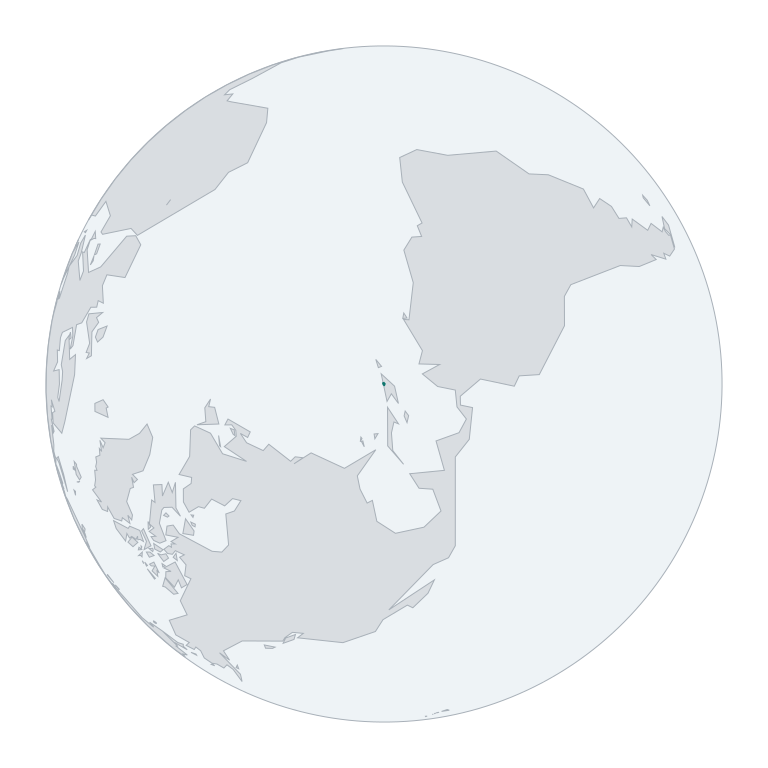 globe centered on Sánchez Ramírez, rotated 242°
{"feature_id": "DOM-1395", "entity_name": "Sánchez Ramírez", "entity_type": "Province", "adm_level": 1, "iso_a3": "DOM", "parent_name": "Dominican Republic", "parent_adm1": "", "projection": "orthographic", "projection_center": [-70.165, 19.005], "detail": "fine", "context": "on_globe", "style": "filled", "palette": "teal", "viewbox_px": 768, "rotation_deg": 242, "n_neighbors": 0, "source": "natural_earth", "source_scale": "10m", "svg_char_len": 9726}
<svg xmlns="http://www.w3.org/2000/svg" viewBox="0 0 768 768"><g transform="rotate(242 384 384)"><circle cx="384" cy="384" r="338" fill="#eef3f6" stroke="#a8b0b8"/><path d="M337.4,445.6L329.5,441.6L321.6,451.1L295.1,433.3L286.1,412.7L207.7,371.0L200.3,359.4L201.5,342.6L182.3,282.2L187.4,336.5L178.6,324.6L172.9,304.4L177.8,300.8L176.4,272.5L169.5,260.2L174.9,226.3L200.5,188.5L201.7,195.7L207.7,186.6L206.6,177.5L204.5,173.9L223.7,138.2L223.8,117.0L212.6,118.0L223.9,112.6L195.1,121.0L187.9,119.0L202.9,116.8L209.8,113.5L208.4,109.3L215.1,105.1L218.3,101.0L226.5,96.7L234.6,96.9L240.1,94.4L238.7,91.8L246.1,86.6L247.2,90.7L260.2,82.4L276.2,83.5L272.6,101.8L288.3,102.4L302.7,122.1L308.3,118.0L317.3,124.3L327.0,122.2L326.9,127.5L334.8,121.5L333.0,117.2L335.9,113.4L341.4,112.1L342.3,118.1L339.6,119.7L342.8,120.9L340.8,124.6L344.9,122.0L345.3,130.2L353.2,120.5L360.4,125.7L358.4,131.6L347.8,133.0L317.0,153.7L311.7,161.9L314.8,171.2L343.5,183.3L342.1,192.3L348.2,202.9L353.9,196.5L351.2,186.1L363.3,177.8L358.6,167.1L362.8,162.6L362.3,151.7L374.0,151.5L385.6,157.6L386.7,167.0L391.8,170.3L400.3,160.6L411.3,178.4L434.3,191.7L435.9,197.1L422.0,207.7L398.2,208.7L380.2,226.3L403.7,213.6L407.2,229.0L412.7,231.4L419.4,230.4L422.6,224.3L426.3,229.8L404.5,243.4L400.8,238.5L407.8,234.0L396.6,235.1L381.9,246.1L384.9,254.0L359.6,265.3L361.4,271.4L356.9,277.9L355.8,267.1L357.4,287.3L328.1,309.5L329.8,345.9L315.4,317.3L302.5,313.5L286.8,313.2L286.7,319.1L266.1,313.2L246.8,324.0L238.8,352.1L245.1,374.7L268.2,377.7L275.5,366.0L292.7,364.6L279.4,396.8L309.3,403.2L305.8,427.4L314.4,440.3L329.5,437.7L345.2,444.1L356.6,430.2L374.9,422.6L375.1,442.3L385.3,424.3L395.4,433.6L431.8,431.6L429.0,436.2L459.7,457.4L492.9,464.4L500.6,477.6L496.6,486.5L508.1,487.7L508.3,493.2L553.7,495.0L576.6,504.2L575.6,523.0L556.0,547.6L537.0,592.4L501.4,610.7L491.6,627.3L462.5,651.6L441.1,651.7L446.5,661.5L434.0,668.2L419.9,669.2L416.9,676.1L406.4,676.5L413.1,680.6L395.9,689.0L400.4,695.2L387.8,701.0L391.3,704.1L386.5,704.1L381.6,705.2L381.1,706.9L366.8,703.8L362.8,696.3L368.1,692.4L361.9,691.5L372.9,680.6L366.1,682.8L367.9,664.5L377.7,648.2L384.0,595.6L376.7,584.4L350.7,570.7L319.4,525.5L327.7,507.2L320.9,498.0L343.1,471.5L337.4,445.6ZM65.3,288.5L67.9,281.1L66.9,287.0L65.3,288.5ZM69.2,275.8L68.3,278.5L68.9,276.1L69.2,275.8ZM69.4,273.6L69.2,275.2L69.1,274.1L69.4,273.6ZM69.4,271.5L69.5,272.3L69.4,272.5L69.4,271.5ZM327.6,358.2L361.8,376.2L342.0,378.1L345.8,374.9L337.3,367.6L321.1,360.5L303.9,363.6L327.6,358.2ZM70.5,266.2L70.8,264.6L71.2,264.6L70.5,266.2ZM343.7,338.6L337.8,337.1L343.7,337.1L343.7,338.6ZM202.4,173.2L205.9,177.9L204.4,188.2L200.7,184.6L202.4,173.2ZM206.3,155.4L209.8,155.8L202.8,164.3L202.9,161.4L206.3,155.4ZM203.1,120.3L204.7,122.5L200.8,122.0L203.1,120.3ZM217.3,101.3L214.7,102.2L217.5,99.8L217.3,101.3ZM355.9,152.7L359.0,152.2L357.5,154.4L355.9,152.7ZM352.8,148.6L348.8,151.6L346.6,150.1L349.2,148.3L352.8,148.6ZM232.5,91.2L237.7,87.6L233.8,91.2L232.5,91.2ZM358.2,145.5L343.4,147.3L339.8,144.8L346.4,136.2L358.2,145.5ZM241.7,85.5L254.2,77.7L249.6,78.7L269.9,72.4L252.5,80.6L248.4,84.6L246.8,83.6L241.7,85.5ZM330.0,116.5L332.2,120.9L325.2,118.6L330.0,116.5ZM324.9,116.0L299.4,116.0L299.1,109.5L307.7,110.4L303.0,103.6L315.4,100.3L320.7,103.3L318.5,108.0L324.9,103.3L324.9,116.0ZM279.1,70.7L283.4,69.2L280.5,70.8L279.1,70.7ZM336.5,111.7L331.4,112.0L330.7,106.2L340.8,104.6L337.8,106.9L336.5,111.7ZM295.8,103.8L297.1,99.6L307.4,95.6L309.3,93.6L315.6,99.7L295.8,103.8ZM340.7,107.6L345.9,104.1L351.3,105.8L341.4,111.1L340.7,107.6ZM326.2,105.5L326.4,102.8L329.6,103.7L326.2,105.5ZM373.4,111.1L367.3,110.9L366.4,107.7L373.4,111.1ZM347.5,102.7L345.6,102.2L344.6,101.1L349.0,99.3L347.5,102.7ZM322.5,96.8L326.5,96.2L320.4,94.0L327.9,91.5L330.8,96.2L332.7,93.1L335.0,92.4L334.8,97.2L322.5,96.8ZM350.4,94.4L356.6,100.4L368.1,101.0L369.2,103.7L350.5,102.3L350.4,94.4ZM341.2,95.5L347.2,95.3L345.5,98.4L340.5,100.5L341.2,95.5ZM332.0,88.2L319.7,90.9L319.5,89.8L332.0,88.2ZM354.1,93.8L352.5,92.5L355.1,93.5L354.1,93.8ZM339.1,89.1L334.8,90.0L334.7,88.8L339.1,89.1ZM352.9,89.2L354.9,91.0L351.6,92.3L352.9,89.2ZM346.9,88.6L347.7,86.7L349.1,91.7L345.0,89.2L346.9,88.6ZM339.7,87.8L338.2,87.4L341.5,87.6L339.7,87.8ZM364.6,83.7L367.1,89.6L359.7,92.3L358.2,86.0L364.6,83.7ZM390.7,709.8L368.0,704.9L380.7,707.3L389.5,704.7L401.4,708.1L390.7,709.8ZM416.5,702.4L426.7,700.3L429.2,701.0L422.7,702.7L416.5,702.4ZM645.9,170.4L652.6,181.3L643.3,171.6L627.9,150.8L623.5,145.6L645.9,170.4ZM613.6,136.1L611.7,134.7L600.5,124.7L609.5,133.3L612.7,135.6L618.4,141.5L615.8,139.9L612.0,136.1L612.1,137.6L630.5,156.8L635.7,161.2L641.6,173.4L650.8,182.4L655.7,190.3L641.9,178.2L636.2,171.8L618.2,164.1L624.8,171.7L642.1,179.9L640.8,181.1L649.8,193.0L641.9,184.9L621.2,175.5L620.4,188.9L635.3,226.2L631.5,234.4L621.1,234.6L599.6,205.3L610.5,190.6L603.0,181.5L587.1,174.1L591.8,170.8L586.7,166.4L589.4,161.2L579.9,145.8L580.7,140.4L563.9,127.4L562.1,123.3L572.5,131.8L580.2,135.5L580.6,124.3L576.8,120.1L565.9,113.0L567.4,111.5L556.8,106.2L550.6,98.4L549.2,103.9L536.3,97.4L525.5,89.7L521.1,88.9L538.6,101.7L545.9,106.1L552.5,108.1L572.0,123.0L574.7,128.6L553.3,118.0L554.8,125.4L537.5,115.2L500.6,84.5L491.8,76.4L504.8,73.6L514.3,77.9L514.4,80.6L526.3,82.9L519.6,80.3L520.8,79.6L508.8,74.4L509.1,73.7L497.1,70.5L496.1,69.1L503.8,71.2L485.2,63.9L479.7,60.9L475.3,59.8L472.2,59.3L467.3,56.7L464.3,56.1L464.7,56.5L459.1,55.8L447.2,53.8L446.2,52.9L450.3,53.5L457.4,54.2L468.6,56.8L468.3,56.8L491.2,63.5L513.6,71.9L535.3,81.8L556.3,93.3L576.4,106.2L595.5,120.5L613.6,136.1ZM462.7,55.4L457.0,54.1L448.3,53.0L441.5,52.2L444.2,52.0L442.7,51.9L438.9,51.3L434.2,50.2L430.6,50.4L390.9,48.5L377.8,47.4L384.7,46.6L355.8,47.8L343.3,48.6L343.8,48.7L330.3,50.8L334.0,50.4L333.2,50.8L300.2,58.6L291.6,60.6L277.9,66.2L278.2,66.6L283.8,65.2L269.9,72.4L249.6,78.7L250.1,77.4L237.0,83.1L240.0,79.8L236.4,80.4L247.3,75.0L247.2,75.0L254.9,71.7L257.0,71.1L256.4,71.1L281.1,62.1L306.4,55.1L332.2,50.1L358.3,47.1L384.6,46.1L410.8,47.1L437.0,50.3L462.7,55.4ZM699.3,505.5L704.4,490.7L712.6,462.3L715.9,444.1L715.6,411.3L716.3,386.0L714.2,379.0L711.1,386.7L707.7,378.4L705.0,381.4L682.0,410.9L669.9,403.0L643.4,367.5L643.9,346.1L635.1,326.1L631.0,236.1L640.1,233.7L648.3,205.8L651.1,205.5L661.0,221.4L675.8,224.2L667.8,208.0L670.4,205.2L667.6,200.2L680.1,221.2L691.2,243.1L700.6,265.7L708.3,289.0L714.3,312.7L718.6,336.9L721.2,361.2L721.9,385.7L720.9,410.2L718.1,434.6L713.6,458.7L707.3,482.3L699.3,505.5ZM644.1,275.9L647.0,282.2L644.1,275.9ZM433.0,431.3L437.4,434.8L431.5,435.3L433.0,431.3ZM339.1,386.2L346.4,386.8L350.2,390.0L344.5,390.9L339.1,386.2ZM401.1,386.7L409.6,388.3L400.7,390.1L401.1,386.7ZM367.2,378.5L394.3,386.3L377.1,392.3L360.0,387.6L371.9,385.9L367.2,378.5ZM339.9,350.2L344.5,351.8L343.0,355.4L339.9,350.2ZM348.0,338.7L346.2,339.0L344.1,335.9L348.0,338.7ZM408.5,228.1L410.3,227.2L417.0,227.5L413.8,230.2L408.5,228.1ZM447.1,214.6L452.2,223.8L446.3,218.6L442.9,223.5L426.2,219.4L435.8,199.7L434.4,209.0L447.1,214.6ZM406.7,209.8L416.2,213.8L405.4,210.3L406.7,209.8ZM555.5,150.8L560.9,151.2L566.3,157.1L565.2,166.7L557.3,157.9L555.5,150.8ZM567.2,150.6L546.3,138.9L546.1,133.4L549.7,138.3L551.7,135.8L558.1,143.2L578.4,150.5L584.5,156.4L579.2,169.2L577.6,161.3L572.4,161.0L567.2,150.6ZM493.2,127.4L484.1,124.7L495.5,115.9L502.6,119.6L502.0,128.6L493.2,129.6L493.2,127.4ZM372.6,131.0L368.4,132.2L368.1,130.3L371.5,127.7L372.6,131.0ZM370.6,111.2L390.7,124.4L386.9,126.2L403.2,133.0L399.5,140.7L389.1,135.8L398.5,147.4L387.6,146.1L395.1,153.7L372.2,142.1L362.8,142.2L374.7,139.0L378.3,131.7L377.1,128.7L366.5,120.3L348.0,118.0L348.7,111.3L354.0,107.2L358.6,106.7L356.7,111.0L364.1,107.4L364.9,113.3L370.6,111.2ZM416.4,76.2L412.4,79.2L427.4,77.0L428.2,81.2L429.9,80.7L434.8,84.3L443.7,88.1L442.5,90.0L446.5,90.7L449.8,93.5L454.9,95.3L454.5,99.7L460.7,102.4L457.0,103.0L467.7,106.7L459.6,106.1L463.1,110.2L469.1,108.6L454.9,132.8L455.2,145.0L459.9,156.0L445.4,154.7L431.7,144.1L420.5,130.5L422.3,119.5L415.4,121.5L414.2,117.0L420.2,117.4L410.3,114.3L410.9,110.9L401.0,101.6L386.4,100.4L382.4,97.4L388.4,96.2L380.2,94.2L388.8,90.2L386.2,88.1L392.0,82.6L405.2,82.3L401.2,80.1L405.5,76.4L416.4,76.2ZM366.6,82.1L382.1,79.7L390.3,81.1L376.6,90.3L377.9,92.7L369.4,99.6L357.8,97.7L361.3,95.7L362.0,93.5L365.4,95.0L363.2,92.2L367.9,89.7L367.5,87.0L372.7,86.8L366.6,82.1ZM647.7,197.7L648.7,196.3L648.7,192.8L654.3,200.7L647.7,197.7ZM633.9,191.4L633.9,188.8L641.8,197.2L640.8,199.1L633.9,191.4ZM627.0,180.6L633.2,188.0L629.3,185.1L627.0,180.6ZM571.7,129.4L570.8,126.7L573.4,128.1L577.0,131.5L571.7,129.4ZM461.0,74.1L457.4,74.8L455.5,73.9L443.9,72.9L442.3,70.2L448.7,69.8L461.0,74.1ZM651.8,177.9L655.0,182.1L654.0,180.9L652.3,178.6L650.3,176.0L651.8,177.9ZM657.8,191.5L659.1,190.8L659.3,193.7L657.8,191.5ZM457.4,71.0L452.8,70.8L454.8,69.7L457.4,71.0ZM440.6,68.3L441.8,66.8L440.8,69.8L440.6,68.3ZM437.4,54.1L455.4,57.8L467.2,60.1L472.3,60.2L472.8,62.3L454.6,58.7L437.4,54.1ZM396.8,48.9L392.4,49.8L389.1,49.2L389.7,48.9L396.8,48.9ZM397.8,49.7L402.1,51.5L396.3,52.0L394.0,50.3L397.8,49.7ZM430.5,59.4L435.9,60.5L434.1,61.2L430.5,59.4ZM281.9,68.9L283.2,69.1L279.6,70.0L281.9,68.9ZM335.6,50.6L333.9,51.2L329.7,51.7L335.6,50.6ZM327.0,53.5L332.8,52.4L327.1,53.9L327.0,53.5ZM345.9,50.4L335.4,52.2L344.8,50.1L345.9,50.4Z" fill="#d9dde1" stroke="#a8b0b8" stroke-width="1"/><path d="M383.7,384.9L383.5,384.6L383.3,384.5L383.2,384.4L383.1,384.2L382.9,384.0L382.8,383.9L382.8,383.7L382.7,383.6L382.9,383.4L383.1,383.3L383.3,383.2L383.5,383.1L383.8,383.1L384.0,383.1L384.3,383.2L384.6,383.2L384.7,383.3L384.8,383.3L385.0,383.3L385.3,383.4L385.4,383.5L385.4,383.8L385.3,384.2L385.2,384.6L384.9,384.6L384.7,384.6L384.3,384.7L384.2,384.8L383.7,384.9Z" fill="#14b8a6" stroke="#0f766e" stroke-width="1.5"/></g></svg>